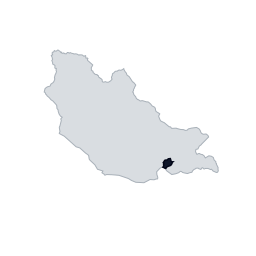 Bayandelger, Sühbaatar, Mongolia (highlighted), rotated 24°
{"feature_id": "93677404B18322501666911", "entity_name": "Bayandelger", "entity_type": "district", "adm_level": 2, "iso_a3": "MNG", "parent_name": "Mongolia", "parent_adm1": "Sühbaatar", "projection": "orthographic", "projection_center": [112.368, 45.634], "detail": "fine", "context": "in_parent", "style": "filled", "palette": "ink", "viewbox_px": 256, "rotation_deg": 24, "n_neighbors": 0, "source": "geoboundaries", "source_scale": "gbopen_adm2", "svg_char_len": 4173}
<svg xmlns="http://www.w3.org/2000/svg" viewBox="0 0 256 256"><g transform="rotate(24 128 128)"><path d="M29.3,87.2L30.0,87.4L31.3,86.9L31.8,85.8L32.3,85.2L34.9,85.7L36.0,86.4L36.4,85.7L36.6,85.7L37.0,86.5L37.7,86.4L38.2,86.3L38.8,85.5L39.7,85.9L41.4,85.4L41.9,83.7L42.6,83.4L44.0,83.5L44.4,82.8L44.8,82.6L45.8,82.7L47.7,82.3L48.6,82.4L49.4,81.8L51.2,81.2L53.6,81.4L53.9,80.9L56.4,79.9L58.6,80.4L59.6,79.2L59.9,79.2L61.0,81.2L61.7,81.1L62.1,80.6L63.1,80.8L63.1,82.1L63.6,82.7L70.1,84.7L70.2,85.2L69.9,87.9L70.8,89.5L71.0,90.1L72.9,90.4L73.7,91.6L75.3,91.9L76.1,92.4L77.9,91.8L78.2,91.8L78.6,92.4L79.5,92.2L80.7,93.5L81.9,93.5L82.4,94.0L83.1,93.8L84.7,94.4L85.7,96.1L86.7,96.2L87.9,95.4L88.4,94.9L90.0,94.8L91.0,94.4L91.7,93.9L93.0,91.9L93.6,89.8L92.9,89.3L92.3,88.5L92.2,87.2L92.3,86.4L91.8,85.0L91.9,84.4L92.6,83.5L93.1,81.8L93.9,80.9L95.0,80.6L95.3,79.9L96.2,78.7L98.0,78.2L99.2,76.9L100.0,75.5L100.7,76.4L102.6,77.8L104.3,78.6L105.3,79.9L108.4,80.7L113.4,84.0L114.5,84.0L117.5,85.5L117.7,85.9L117.4,87.9L117.6,88.5L117.4,90.6L117.9,91.7L117.6,92.9L117.8,93.4L118.6,93.6L119.7,95.1L122.4,96.4L123.2,97.3L125.1,98.1L126.2,97.9L127.9,98.3L128.5,98.2L129.7,97.3L130.4,97.1L134.3,96.6L135.4,96.1L136.1,96.0L139.0,96.9L141.0,98.0L144.0,98.2L145.3,99.4L145.9,100.5L147.0,101.5L151.2,102.1L151.3,102.4L151.1,104.6L151.3,104.9L153.9,107.5L155.2,108.3L159.0,108.4L165.0,110.1L166.5,109.7L167.7,110.5L168.2,110.5L172.2,108.5L172.7,108.6L176.8,107.9L179.4,106.9L181.3,106.9L182.9,106.0L183.5,104.3L186.0,102.3L190.4,99.6L193.2,99.9L194.8,100.8L196.5,102.5L197.5,103.0L199.3,103.1L201.8,101.7L203.1,102.0L204.4,102.5L205.3,103.4L201.7,113.0L201.7,113.5L200.5,115.5L200.4,118.7L198.8,119.9L199.1,121.6L199.5,122.3L201.4,124.0L202.0,123.8L202.5,123.0L203.4,122.3L205.3,122.4L206.8,122.0L208.9,122.5L210.8,123.9L213.2,120.5L215.6,119.9L217.9,120.2L219.7,122.2L221.9,123.0L222.5,124.2L223.4,124.6L223.6,125.2L226.4,127.5L227.0,129.1L227.8,130.2L227.9,131.4L227.8,132.0L226.8,132.7L223.2,132.7L221.1,131.7L220.3,132.4L217.6,132.4L216.1,133.0L215.1,133.5L214.5,134.3L214.0,134.5L213.5,134.5L212.7,134.0L212.0,134.0L211.8,134.2L211.4,136.2L209.1,136.4L208.3,136.1L206.4,137.2L206.1,138.0L205.1,139.1L204.3,141.2L204.5,142.0L204.2,142.6L202.5,143.8L200.9,145.4L197.4,146.2L195.8,146.4L194.6,146.0L193.4,146.3L192.5,148.2L190.2,150.4L186.9,152.7L180.9,151.4L180.2,151.1L178.9,149.7L175.4,149.7L174.4,150.6L173.5,151.9L172.0,156.3L173.3,158.8L174.9,160.5L175.6,161.6L175.6,162.6L174.5,163.1L172.9,164.7L169.1,166.1L164.8,171.5L157.2,174.4L152.6,174.5L148.9,174.0L139.0,174.9L132.4,177.2L127.4,179.2L126.3,180.3L125.8,180.5L125.0,179.9L122.4,179.5L122.6,177.5L116.9,178.1L112.7,175.1L106.4,172.9L105.2,172.2L103.3,169.2L102.2,168.7L99.5,168.2L92.0,165.8L88.3,166.3L73.1,161.4L67.5,161.0L67.3,160.7L67.3,158.9L65.2,155.8L64.9,155.0L65.0,154.0L64.0,148.2L62.9,147.1L63.5,144.9L61.5,144.6L59.4,143.3L57.5,141.2L56.7,139.8L55.2,139.1L53.8,136.5L53.0,135.9L48.5,133.9L46.1,133.5L43.7,132.3L40.9,131.5L40.1,130.8L39.3,130.7L37.9,129.3L36.8,129.2L36.2,125.7L37.1,123.9L37.9,122.9L39.6,121.6L39.8,121.0L39.7,119.3L41.2,116.8L41.4,115.0L41.2,112.9L40.4,112.2L39.8,109.2L39.9,107.1L39.7,105.5L38.6,104.3L38.5,102.9L38.1,102.7L37.7,103.0L36.9,103.0L36.3,102.0L36.1,100.9L35.7,100.6L34.8,100.3L33.9,100.5L33.1,100.0L32.6,99.0L30.9,97.2L31.2,96.3L31.1,95.6L30.5,95.2L30.1,94.4L28.4,93.0L28.5,92.6L29.4,91.8L28.3,90.6L28.1,89.6L29.2,88.8L29.1,87.9L29.3,87.2Z" fill="#d9dde1" stroke="#a8b0b8" stroke-width="1"/><path d="M182.8,140.6L182.1,140.9L181.6,141.0L180.5,140.6L180.2,140.0L179.1,138.7L178.9,138.8L177.3,139.8L176.9,141.1L176.5,141.4L176.0,141.7L175.5,141.9L175.1,142.4L174.7,142.6L174.5,144.2L174.5,144.3L174.4,144.7L174.3,145.3L174.6,145.4L175.2,145.9L175.1,146.5L175.7,147.2L176.0,147.7L175.9,148.2L175.9,149.5L176.1,149.4L176.5,149.4L176.7,149.5L176.8,149.6L177.3,149.6L177.7,149.6L178.0,149.7L178.3,149.7L178.6,149.7L178.8,149.7L179.0,149.6L179.2,148.0L180.4,146.5L181.1,145.9L181.5,145.5L181.7,145.4L181.8,145.2L181.9,144.8L182.3,144.5L182.6,143.4L182.5,143.1L182.4,142.8L182.6,142.4L182.5,142.0L182.5,141.5L182.5,141.3L182.8,140.6Z" fill="#0f172a" stroke="#020617" stroke-width="1.5"/></g></svg>